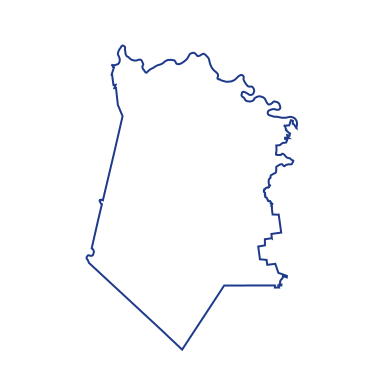 Camargo, Tamaulipas, Mexico, rotated 352°
{"feature_id": "50627088B36916974246303", "entity_name": "Camargo", "entity_type": "district", "adm_level": 2, "iso_a3": "MEX", "parent_name": "Mexico", "parent_adm1": "Tamaulipas", "projection": "orthographic", "projection_center": [-98.799, 26.181], "detail": "fine", "context": "isolated", "style": "outline", "palette": "blue", "viewbox_px": 384, "rotation_deg": 352, "n_neighbors": 0, "source": "geoboundaries", "source_scale": "gbopen_adm2", "svg_char_len": 5956}
<svg xmlns="http://www.w3.org/2000/svg" viewBox="0 0 384 384"><g transform="rotate(352 192 192)"><path d="M160.3,346.7L207.1,293.4L209.2,290.9L210.9,289.1L261.1,296.1L260.8,298.2L264.9,298.7L264.4,296.6L267.5,297.0L267.7,296.1L266.7,296.0L265.9,295.3L266.7,294.0L266.8,292.9L267.3,292.1L268.2,291.0L268.7,290.8L269.8,289.7L270.2,288.2L271.6,288.7L274.0,289.7L274.3,288.3L268.5,285.2L266.3,284.2L264.5,274.7L256.4,274.6L256.4,269.6L249.9,268.1L250.0,255.2L256.8,255.0L257.6,248.9L264.5,248.9L264.6,249.0L264.8,244.6L274.7,244.6L274.7,226.4L273.8,226.4L268.7,225.5L268.7,222.2L268.9,218.5L269.2,217.9L269.0,217.2L268.6,217.0L268.6,216.6L269.4,215.8L269.9,215.2L269.9,214.7L269.7,214.5L269.5,214.4L269.3,214.4L269.0,214.6L268.6,214.6L268.3,214.3L268.4,214.0L268.6,213.8L268.7,213.2L268.4,212.5L268.1,211.8L267.7,211.8L267.3,211.9L266.9,211.9L266.1,211.5L265.8,210.9L266.0,210.4L265.9,209.9L265.6,209.6L265.3,208.8L265.3,208.3L264.7,207.6L264.0,207.4L263.8,207.1L264.0,206.3L263.8,205.8L263.9,205.6L264.1,205.3L264.0,205.1L263.8,204.9L263.7,204.6L263.8,204.3L264.1,204.1L264.2,203.7L264.2,203.1L264.2,202.8L263.3,202.0L263.2,201.6L263.3,201.1L263.6,200.7L263.7,200.3L263.6,200.0L263.7,199.5L264.0,199.4L264.4,199.5L264.7,199.4L265.0,198.9L265.6,198.4L266.5,198.2L267.6,198.2L268.5,198.2L268.8,198.0L268.6,197.5L268.6,197.2L268.8,196.9L269.6,196.7L270.0,196.6L270.2,196.3L269.3,195.1L269.2,194.6L269.4,191.6L270.4,189.6L271.7,188.9L272.0,187.1L272.7,186.3L277.6,184.5L278.0,183.8L278.6,181.5L278.8,179.3L279.1,178.7L282.7,177.1L284.8,176.9L285.2,177.2L286.4,179.0L287.2,179.3L288.3,178.5L290.2,178.1L291.1,178.0L294.0,178.4L294.7,178.2L296.5,175.8L296.7,175.2L296.3,174.7L295.7,174.5L294.4,173.3L293.7,172.3L291.2,171.4L290.5,170.7L289.8,169.9L289.3,169.1L288.8,168.1L287.8,167.1L287.0,166.7L286.5,166.7L286.0,167.0L285.6,167.4L285.1,167.7L284.6,167.7L281.3,167.1L280.7,166.9L280.4,166.6L280.4,166.3L281.5,162.4L281.9,158.6L281.9,157.7L285.6,157.8L288.4,156.1L292.1,156.1L293.6,153.6L291.5,152.3L291.8,151.2L295.4,152.0L294.6,151.1L294.2,150.0L294.1,149.0L294.1,148.9L296.4,149.9L297.2,147.7L296.2,146.8L295.8,146.6L295.7,146.3L295.4,145.8L295.1,145.6L294.2,144.6L293.7,143.7L294.1,143.5L293.6,142.0L293.5,140.7L293.3,140.0L292.8,139.4L293.2,139.1L293.7,139.6L293.9,139.6L294.9,139.3L296.5,139.5L297.6,139.5L299.9,134.7L301.8,135.5L301.3,138.6L302.0,139.0L302.5,139.4L303.7,142.0L304.1,143.1L304.4,143.4L304.4,142.7L304.8,141.5L305.3,140.0L305.5,139.0L305.6,138.2L305.5,136.4L304.8,134.7L304.0,133.4L303.4,132.9L302.6,132.3L301.5,131.8L300.3,131.4L299.2,131.2L297.1,131.4L295.5,131.5L292.4,131.2L290.8,130.8L288.6,130.0L286.2,129.2L284.9,129.1L283.7,128.8L278.8,126.5L278.3,125.9L278.1,125.3L278.0,124.9L278.0,124.2L278.1,123.5L278.5,122.9L278.8,122.5L279.2,122.2L280.0,121.8L282.8,121.2L284.3,121.2L285.2,121.4L287.1,122.3L288.1,122.5L289.2,122.5L290.1,122.3L290.7,121.7L291.1,121.0L291.3,120.2L291.1,119.4L290.8,117.3L290.5,116.5L290.1,116.0L289.5,115.4L288.8,114.8L287.6,114.4L286.4,113.8L285.9,113.8L285.2,113.9L283.9,115.0L282.1,115.9L280.8,116.1L280.3,116.1L279.6,115.6L278.8,114.5L278.1,112.7L277.7,111.4L277.1,109.7L276.5,109.0L275.9,108.3L272.8,106.7L271.5,106.6L269.5,106.8L267.0,107.9L266.7,108.2L266.4,109.1L265.5,109.7L264.7,110.1L263.8,110.3L262.8,110.5L261.6,110.4L259.2,109.7L258.0,108.9L257.3,107.8L256.9,106.5L256.4,105.7L255.3,104.9L254.8,104.1L254.5,103.4L254.6,102.6L255.4,100.5L255.9,100.1L256.8,99.9L258.1,100.4L259.6,101.4L261.1,102.6L262.1,103.6L262.8,103.9L263.7,104.1L264.8,104.0L265.5,103.8L266.3,103.1L266.6,102.7L267.3,101.5L267.6,100.8L267.7,100.0L267.5,98.4L266.8,96.9L266.4,96.3L265.7,95.9L264.9,95.7L263.6,95.7L262.3,95.2L261.3,94.0L260.5,92.6L259.5,90.4L258.8,88.3L258.7,87.6L258.8,86.9L259.2,85.7L259.2,85.2L258.9,84.2L258.5,83.7L258.1,83.4L257.7,83.1L257.0,83.0L256.3,83.0L254.4,83.7L249.9,86.9L249.1,87.2L246.5,87.9L245.2,87.9L242.7,87.8L241.5,87.7L238.4,86.4L236.7,85.6L236.0,85.2L235.4,84.4L235.0,84.2L234.5,84.3L234.0,84.2L233.2,83.5L233.1,83.1L233.0,82.6L233.7,81.5L233.9,80.9L234.0,80.0L234.0,79.3L233.9,78.7L233.0,77.2L230.7,74.7L230.0,73.6L228.8,71.5L227.9,68.3L227.7,67.2L227.5,65.1L227.3,63.2L227.0,61.8L226.5,61.0L224.6,58.2L223.6,57.3L223.1,56.9L222.6,56.7L222.2,56.7L221.4,56.9L218.9,58.0L217.4,58.3L216.7,58.2L216.3,58.0L215.8,57.4L215.6,56.9L214.3,55.2L213.7,54.7L213.1,54.4L212.5,54.3L210.3,54.6L209.7,54.8L208.9,55.3L208.2,56.1L207.5,57.2L205.7,59.4L204.9,60.1L201.6,62.1L198.7,63.3L197.7,63.5L196.1,63.5L195.4,63.3L194.7,62.9L194.3,62.5L193.6,60.4L193.3,59.8L192.8,59.2L189.7,58.2L187.6,58.0L186.5,57.9L185.3,58.2L183.4,58.9L181.2,60.4L179.9,60.9L178.5,61.3L175.6,61.7L173.0,62.6L171.1,63.6L168.0,64.6L166.6,65.4L164.5,66.8L164.0,67.3L163.6,67.5L162.8,67.2L162.4,66.7L162.0,66.0L161.7,65.1L160.9,63.9L160.5,63.0L160.2,61.7L160.4,60.5L161.3,59.4L161.4,59.1L161.5,58.6L161.4,57.8L161.1,57.1L160.5,54.9L160.2,54.4L159.2,53.7L158.8,53.6L157.3,53.7L155.3,54.0L153.5,53.9L152.0,53.3L151.2,53.0L150.2,52.3L148.9,51.0L147.8,49.5L146.6,48.8L146.0,47.9L145.5,46.3L145.4,45.4L145.5,43.7L145.4,41.9L145.8,40.0L145.8,39.3L145.6,38.7L145.2,38.2L144.3,37.5L143.7,37.3L143.2,37.4L142.3,38.0L141.2,39.5L140.0,40.6L139.0,42.0L138.1,43.9L137.8,44.8L137.8,45.5L138.7,48.4L138.9,50.2L138.9,51.0L138.6,52.3L138.3,53.0L137.4,54.4L136.6,55.0L135.7,55.2L134.3,55.5L133.0,55.6L132.0,55.5L131.0,55.3L129.9,54.6L130.7,55.6L131.7,56.5L131.2,57.2L132.1,57.7L129.0,64.0L128.7,64.8L129.2,65.0L129.1,74.4L129.2,74.6L129.2,75.2L131.3,75.2L129.6,78.3L131.2,78.3L130.7,95.4L133.8,107.3L120.5,142.0L102.6,187.8L102.2,187.5L101.7,187.1L101.0,187.3L100.4,187.0L99.8,187.0L99.5,187.2L99.3,188.0L99.5,188.2L99.9,190.0L100.2,190.8L100.6,191.1L101.1,191.5L95.6,205.5L84.8,233.9L85.7,234.6L86.2,235.6L86.6,237.3L86.4,238.1L85.0,240.8L84.5,241.1L83.7,241.2L82.5,241.0L81.0,240.3L80.4,240.2L79.8,240.6L78.9,241.5L78.4,242.4L78.4,243.2L79.4,245.1L80.2,248.0L145.4,328.0L148.1,331.5L160.3,346.7Z" fill="none" stroke="#1e3a8a" stroke-width="2"/></g></svg>